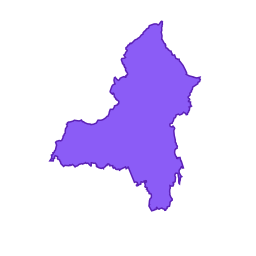 outline of Chom Bueng, Ratchaburi, Thailand, rotated 71°
{"feature_id": "78962969B91114195507687", "entity_name": "Chom Bueng", "entity_type": "district", "adm_level": 2, "iso_a3": "THA", "parent_name": "Thailand", "parent_adm1": "Ratchaburi", "projection": "albers", "projection_center": [99.539, 13.612], "detail": "fine", "context": "isolated", "style": "filled", "palette": "violet", "viewbox_px": 256, "rotation_deg": 71, "n_neighbors": 0, "source": "geoboundaries", "source_scale": "gbopen_adm2", "svg_char_len": 5840}
<svg xmlns="http://www.w3.org/2000/svg" viewBox="0 0 256 256"><g transform="rotate(71 128 128)"><path d="M133.6,212.6L134.8,209.4L132.7,208.3L132.7,207.2L131.4,206.9L130.5,205.8L132.1,203.9L134.1,204.7L135.0,204.2L135.1,203.7L135.9,203.1L137.0,203.2L138.2,202.8L138.6,203.0L140.0,203.0L143.4,201.4L142.8,199.8L144.5,196.0L143.9,195.3L144.2,194.5L144.8,194.3L144.4,192.3L146.4,191.1L147.5,190.8L147.6,190.5L147.2,189.9L147.3,188.0L146.5,186.2L146.6,183.4L147.4,182.5L147.1,182.1L147.3,180.1L146.9,179.5L147.9,178.9L148.1,177.6L148.5,177.1L150.3,176.4L151.8,175.5L151.8,175.1L148.9,174.1L149.0,173.6L149.9,172.4L150.7,170.3L153.0,169.6L153.5,170.3L153.8,170.3L154.0,169.8L154.9,169.8L154.9,169.4L156.1,168.5L157.5,166.5L157.5,165.0L158.4,164.4L157.8,164.1L157.2,162.6L157.2,162.1L156.4,161.0L156.5,160.5L156.2,160.5L156.2,159.7L155.9,159.7L155.4,159.1L155.7,157.9L156.7,157.9L157.0,157.2L157.8,157.5L158.6,154.7L159.9,155.1L160.8,155.0L160.8,154.4L161.3,154.4L161.0,153.4L163.1,152.9L163.8,151.7L163.7,150.9L164.0,149.9L164.3,149.7L165.2,149.9L165.3,149.7L164.9,149.4L164.6,148.3L164.0,143.0L165.9,143.0L165.4,141.0L165.0,140.9L165.0,140.5L181.5,139.6L181.5,138.3L182.6,136.9L183.1,137.1L184.0,137.0L184.2,137.8L184.9,138.1L184.9,138.7L185.4,138.7L185.7,138.1L185.6,136.9L185.1,136.2L185.3,134.3L183.1,133.1L184.1,131.6L183.9,130.4L183.4,130.2L183.6,128.3L183.9,127.9L184.9,128.1L185.2,128.8L185.2,129.3L184.5,129.8L185.9,130.2L187.5,130.2L188.9,131.1L189.7,130.8L189.9,130.2L190.7,129.4L191.3,129.5L191.8,130.4L192.6,129.7L193.8,130.2L194.5,129.0L196.9,129.4L197.2,128.9L196.7,128.8L197.3,128.0L198.2,127.6L199.3,127.8L201.4,128.6L202.1,130.2L203.8,131.4L207.4,133.0L207.5,132.7L208.5,133.6L214.0,132.6L214.2,130.1L213.7,129.3L214.1,128.7L214.1,127.9L212.5,127.0L212.4,126.6L214.3,126.0L214.9,124.8L214.6,124.0L214.7,122.0L215.5,121.6L216.5,120.2L217.8,120.0L218.0,119.2L216.9,118.2L216.8,117.3L215.4,116.6L215.5,114.3L213.2,112.9L211.9,112.5L210.7,110.4L210.7,109.8L209.6,109.3L207.4,110.0L204.4,110.2L204.1,109.9L201.6,109.3L199.6,108.5L198.6,107.6L196.1,107.1L197.1,105.8L197.5,104.3L196.4,103.4L195.7,103.4L195.6,103.0L194.2,103.0L194.3,101.5L194.0,100.9L190.1,99.1L188.7,99.2L187.7,99.0L186.5,98.0L186.3,97.4L187.0,95.8L187.9,95.7L190.5,96.2L192.1,96.3L195.5,97.6L197.1,97.8L197.6,97.5L195.7,96.7L194.3,95.6L191.7,94.4L191.5,93.0L190.3,93.6L187.3,94.1L186.2,94.0L184.9,93.5L183.9,92.7L183.6,91.4L182.7,91.0L182.0,90.1L183.7,89.3L183.8,88.6L176.5,88.4L176.3,88.8L172.8,88.4L172.3,90.4L173.1,90.9L172.6,91.8L170.9,91.6L170.0,92.0L167.5,92.1L166.0,91.8L164.1,90.8L163.1,89.6L163.3,89.1L163.1,88.1L162.4,88.0L161.7,87.4L160.9,87.3L159.7,87.8L158.1,87.4L156.9,87.9L154.8,87.2L150.1,86.7L145.4,85.6L143.6,84.0L142.4,84.1L141.8,84.7L140.8,84.8L140.8,85.2L141.4,85.9L140.9,86.8L140.2,87.5L139.4,87.6L138.0,87.2L137.7,86.1L137.9,84.7L137.2,84.3L136.1,82.9L133.6,81.2L133.7,80.4L133.5,79.8L132.6,78.9L131.5,78.5L131.3,77.4L131.3,75.8L132.5,75.0L132.4,72.5L131.2,70.2L133.0,68.8L134.4,68.6L134.5,67.4L133.3,66.8L132.6,65.6L131.6,65.1L131.5,64.6L131.0,64.1L128.9,63.1L128.1,63.4L128.2,61.4L128.0,60.8L126.6,61.5L126.0,61.0L125.2,61.1L123.8,60.4L122.7,62.2L122.0,61.9L121.5,60.6L120.9,60.3L120.4,60.4L119.1,61.2L118.2,61.1L117.0,58.5L115.4,58.3L114.8,57.5L114.4,56.2L113.3,56.0L112.6,54.7L110.4,53.5L108.9,47.6L107.6,47.0L107.4,45.2L105.5,43.8L104.7,44.5L103.4,43.4L103.1,46.6L101.4,49.4L101.2,49.3L98.6,53.2L96.2,55.5L95.3,54.6L91.8,54.9L86.7,55.6L82.2,57.1L81.8,57.5L79.5,57.3L79.2,58.8L78.7,58.9L77.8,60.1L74.1,60.2L74.2,60.9L73.8,61.3L73.8,61.7L73.4,62.3L73.0,62.2L72.8,62.5L71.9,62.1L70.3,62.5L69.5,62.2L69.0,63.1L68.1,63.5L67.5,64.3L66.5,64.3L66.1,64.8L65.1,65.1L64.7,65.9L62.5,65.9L62.5,65.6L62.2,65.4L60.6,65.4L60.4,65.8L59.5,66.2L55.4,66.9L55.2,67.3L51.9,65.8L48.1,65.4L46.8,64.3L43.9,63.5L42.9,62.6L41.9,62.4L41.3,61.8L38.7,61.0L38.2,60.4L38.5,61.1L38.0,61.6L38.2,62.2L40.4,65.3L40.0,66.4L39.3,66.7L38.8,67.4L38.1,69.6L38.2,74.6L40.1,75.9L40.4,78.2L41.5,79.8L42.0,81.3L43.0,82.8L44.1,83.3L44.4,85.1L46.1,87.6L46.4,89.4L46.9,90.4L47.0,92.8L48.7,96.1L48.8,96.7L49.2,97.1L49.2,97.9L48.5,98.3L49.0,99.1L49.6,99.6L49.7,101.0L50.8,102.0L51.4,103.8L52.8,104.3L54.2,103.4L54.8,103.8L55.8,105.6L57.1,106.5L57.7,108.2L60.5,107.4L60.8,108.9L60.3,111.2L61.3,112.1L63.7,112.1L64.3,111.8L64.7,112.2L65.6,112.1L66.7,111.2L66.9,111.6L67.9,111.3L68.6,111.5L68.7,111.2L69.7,111.4L70.3,111.0L70.3,110.7L70.7,110.6L71.0,111.0L72.5,111.5L73.2,111.5L73.5,111.1L74.5,111.2L74.9,110.8L75.6,110.8L75.9,110.6L77.1,110.9L77.2,111.5L77.9,112.0L77.7,112.5L78.0,113.1L78.8,113.2L78.7,113.5L79.2,113.8L79.1,114.1L78.1,115.0L78.1,116.9L78.4,119.3L79.5,120.2L79.8,121.7L78.2,122.8L77.1,123.1L76.6,123.6L75.9,123.6L76.0,124.4L78.2,125.7L80.3,126.0L82.1,125.9L82.2,127.6L82.5,128.6L83.4,129.7L87.3,132.8L87.9,133.1L88.6,133.0L91.0,131.7L91.0,131.3L90.2,130.8L90.4,130.4L91.6,130.2L94.1,130.8L94.9,130.2L96.7,130.1L97.0,129.5L97.9,129.5L98.4,128.9L99.8,128.0L101.9,128.9L101.9,129.4L102.2,129.6L102.1,130.2L102.7,130.6L102.7,133.6L103.9,134.2L105.5,136.3L104.7,138.1L104.6,138.7L106.7,140.4L108.2,141.2L110.3,143.1L110.2,144.1L111.2,145.9L111.9,148.8L111.9,151.0L110.8,153.8L113.0,156.4L113.2,159.6L112.8,161.1L112.8,161.9L112.0,162.4L110.9,164.9L108.7,167.4L107.6,167.9L107.2,169.0L105.3,169.4L105.5,171.5L105.3,172.2L103.2,176.2L103.6,177.7L103.4,180.9L103.0,182.2L103.2,183.1L103.3,183.5L104.3,183.7L104.4,184.9L105.4,184.7L106.6,184.8L107.0,185.7L107.6,186.1L108.2,187.2L110.3,188.3L112.3,189.0L113.1,190.4L114.3,191.2L114.5,192.0L116.0,192.6L118.1,194.7L118.2,196.0L117.4,197.2L117.5,198.0L117.3,199.3L117.4,199.9L117.9,201.1L120.9,201.1L125.2,203.8L125.9,205.1L126.8,205.5L127.0,207.1L127.9,207.0L128.5,207.9L128.7,208.3L128.6,209.2L128.9,209.3L129.4,209.0L131.0,209.9L132.1,209.9L132.1,210.6L133.6,212.6Z" fill="#8b5cf6" stroke="#5b21b6" stroke-width="1.5"/></g></svg>